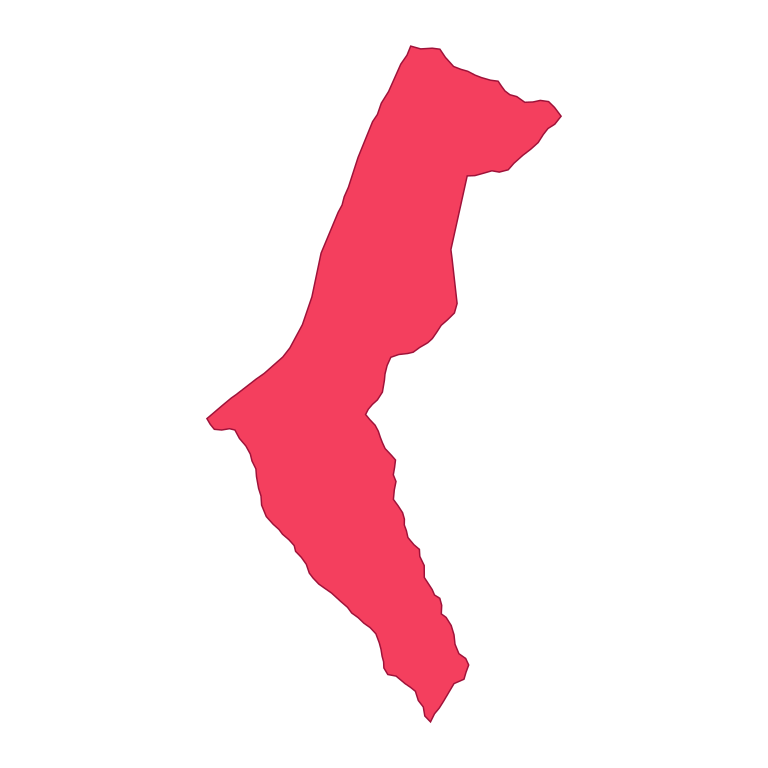 Rubinéia, São Paulo, Brazil (orthographic projection)
{"feature_id": "56859067B49644953402614", "entity_name": "Rubinéia", "entity_type": "district", "adm_level": 2, "iso_a3": "BRA", "parent_name": "Brazil", "parent_adm1": "São Paulo", "projection": "orthographic", "projection_center": [-51.01, -20.263], "detail": "fine", "context": "isolated", "style": "filled", "palette": "rose", "viewbox_px": 768, "rotation_deg": 0, "n_neighbors": 0, "source": "geoboundaries", "source_scale": "gbopen_adm2", "svg_char_len": 2177}
<svg xmlns="http://www.w3.org/2000/svg" viewBox="0 0 768 768"><path d="M468.7,665.0L465.7,658.5L458.9,653.7L455.0,644.2L454.0,634.8L451.2,625.5L446.1,617.4L441.3,613.9L441.7,605.3L439.8,598.3L434.5,595.0L432.2,589.6L428.9,584.5L424.3,577.5L424.2,565.5L419.8,556.4L419.4,549.4L413.8,544.6L407.9,537.5L406.4,530.7L404.3,525.0L404.4,519.1L402.6,512.7L398.1,505.8L393.4,499.4L394.3,489.9L396.0,481.5L393.3,474.8L394.6,467.3L395.5,460.0L391.6,455.5L385.1,448.6L382.4,442.7L380.3,437.3L378.3,431.2L375.1,425.2L369.7,419.5L365.6,414.5L368.3,409.2L372.4,404.4L377.4,399.9L382.4,392.1L384.4,380.4L385.0,374.0L387.1,365.5L390.8,357.3L398.8,354.5L407.7,353.5L413.2,352.2L419.6,347.5L427.8,342.7L432.3,338.6L436.4,332.7L441.2,325.3L447.4,319.9L454.4,313.0L457.1,303.5L452.0,258.1L450.9,249.6L467.2,175.9L474.9,175.6L483.6,173.2L491.9,170.8L499.3,172.1L508.2,169.8L513.9,163.3L522.7,155.4L531.0,149.0L538.2,142.5L543.3,134.5L548.0,128.5L554.8,124.2L561.1,116.2L554.5,107.4L548.6,101.6L540.3,100.4L532.9,102.0L524.8,102.3L516.8,96.6L509.8,94.7L504.9,90.9L501.4,86.1L498.1,81.2L490.5,80.2L481.5,77.6L475.0,75.1L467.8,71.3L461.1,69.4L453.6,66.5L445.4,57.4L439.9,49.2L432.3,48.2L420.7,48.9L410.7,46.1L407.0,55.2L400.8,64.1L388.6,91.5L381.3,103.2L377.4,114.5L372.6,121.6L358.1,157.3L348.4,187.3L344.2,196.8L342.1,205.0L338.2,212.2L321.1,253.1L311.9,296.9L302.4,324.7L289.9,347.9L282.8,357.0L264.1,373.5L256.5,378.8L236.0,394.7L231.3,398.0L222.4,405.4L206.9,418.6L210.3,424.4L214.3,429.3L221.7,430.0L229.5,428.7L234.9,430.0L239.5,438.5L245.9,446.0L250.3,454.0L252.0,461.0L255.9,468.9L256.5,476.7L258.6,488.4L261.0,496.0L261.6,505.1L266.3,516.6L273.1,524.2L279.0,529.5L282.5,534.2L288.9,539.7L294.2,545.6L295.6,551.4L301.3,557.3L306.3,564.3L309.3,573.1L313.1,578.1L318.8,584.1L324.3,588.0L331.5,593.0L340.9,601.6L347.5,607.3L351.7,613.0L358.1,617.6L364.0,623.3L370.0,627.5L375.9,633.8L379.3,642.9L381.0,649.3L382.1,656.2L383.6,661.8L383.9,668.0L387.8,674.5L396.1,676.1L405.0,683.6L410.3,687.2L415.4,691.3L418.3,700.5L423.3,707.0L424.8,716.0L430.5,721.9L434.5,713.8L439.3,708.0L443.4,701.5L454.0,683.6L464.0,679.2L466.0,672.3L468.7,665.0Z" fill="#f43f5e" stroke="#9f1239" stroke-width="1.5"/></svg>